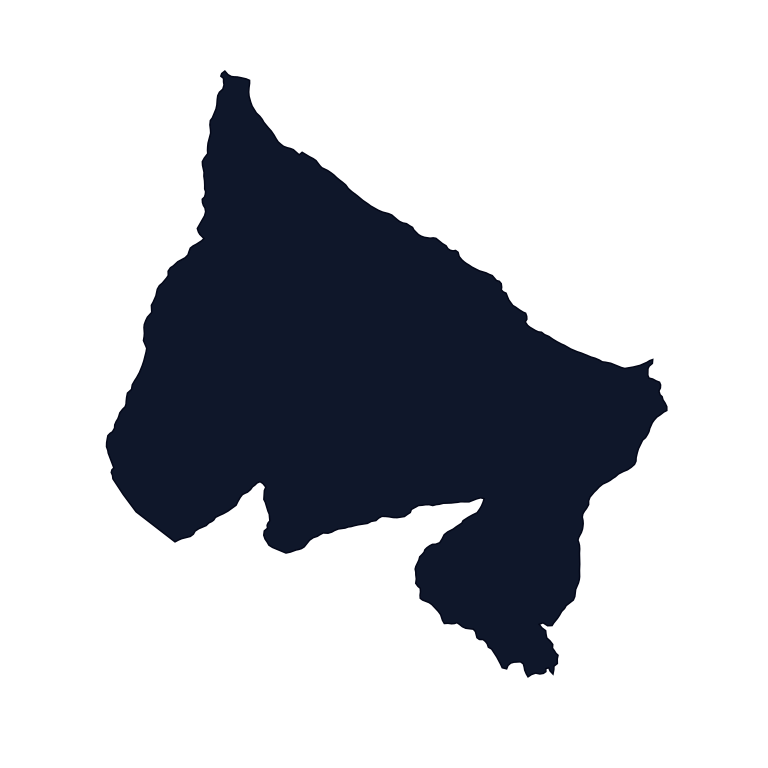 outline of Porto Seguro, Bahia, Brazil, rotated 293°
{"feature_id": "56859067B83893589630765", "entity_name": "Porto Seguro", "entity_type": "district", "adm_level": 2, "iso_a3": "BRA", "parent_name": "Brazil", "parent_adm1": "Bahia", "projection": "orthographic", "projection_center": [-39.285, -16.636], "detail": "fine", "context": "isolated", "style": "filled", "palette": "ink", "viewbox_px": 768, "rotation_deg": 293, "n_neighbors": 0, "source": "geoboundaries", "source_scale": "gbopen_adm2", "svg_char_len": 6171}
<svg xmlns="http://www.w3.org/2000/svg" viewBox="0 0 768 768"><g transform="rotate(293 384 384)"><path d="M157.0,253.3L160.1,255.8L162.6,258.2L168.0,265.3L171.3,267.2L174.8,267.6L178.4,270.0L184.2,275.6L187.6,277.0L190.0,279.1L192.2,280.4L195.4,281.0L198.8,283.9L201.8,286.7L206.0,290.0L214.6,295.2L218.6,295.4L223.5,296.0L226.9,296.9L229.1,298.7L231.1,300.6L234.7,302.4L237.9,303.1L240.4,304.6L243.3,305.8L245.7,308.1L245.1,311.4L242.9,315.5L239.2,315.5L230.8,318.5L228.8,320.9L221.6,326.9L219.4,329.2L213.4,332.4L210.9,331.6L208.3,331.6L205.7,333.1L202.0,331.2L197.8,332.4L194.8,335.1L192.7,338.4L190.7,341.0L190.0,345.2L190.1,359.8L192.7,363.5L196.9,368.0L198.4,370.2L200.2,372.3L202.9,374.2L211.1,376.5L214.9,378.9L217.8,382.2L220.0,383.7L223.1,386.2L224.8,390.8L227.3,393.8L229.9,395.8L232.7,398.6L236.2,404.5L238.5,407.0L239.8,409.3L242.1,412.2L244.4,415.4L249.2,423.2L252.6,426.0L255.1,429.9L258.5,431.5L261.3,433.7L262.7,437.2L263.7,440.4L264.7,444.7L266.1,448.3L270.0,454.6L272.7,456.2L276.0,458.4L279.2,458.2L285.6,463.2L287.3,466.5L289.2,469.6L290.6,472.8L291.2,476.4L293.4,479.2L294.9,481.9L297.4,485.2L300.8,492.5L302.4,495.3L303.8,497.9L305.5,500.5L308.7,508.3L314.4,514.1L317.0,517.4L317.6,521.0L313.7,521.4L309.8,521.4L306.6,521.0L301.9,520.0L298.0,516.6L294.3,513.7L289.1,510.2L286.3,510.0L280.8,506.3L277.5,504.4L272.7,500.4L268.8,498.3L263.9,498.0L259.7,497.3L256.7,494.2L255.3,491.2L253.0,489.3L250.1,487.5L247.4,486.4L244.8,486.6L242.0,485.7L238.9,484.4L235.5,484.9L228.4,484.6L225.8,485.0L223.3,486.7L220.7,487.9L217.2,489.9L212.9,491.1L211.0,494.3L210.1,497.2L206.9,498.8L203.7,499.7L200.9,501.1L200.2,503.9L200.4,510.9L199.7,514.2L197.7,518.8L195.9,522.8L193.8,526.3L189.3,530.2L187.1,533.1L188.7,536.3L189.7,539.9L191.0,542.4L192.8,544.4L192.2,547.5L191.2,551.0L191.1,554.7L193.2,562.0L191.8,564.9L186.8,568.7L186.1,571.6L187.5,575.1L186.6,578.0L185.2,580.5L182.5,582.9L182.1,586.6L176.7,594.6L171.5,601.0L169.0,603.7L169.7,608.2L173.3,608.1L176.6,609.7L178.7,612.3L181.6,618.2L180.8,621.6L178.1,623.7L175.6,625.3L172.8,628.2L170.7,631.0L174.1,633.2L177.1,636.5L178.0,640.8L179.9,643.8L182.5,645.4L185.2,644.2L187.2,646.5L184.7,649.0L183.0,652.9L187.6,651.9L190.6,650.7L194.4,652.8L198.7,650.9L202.3,650.2L203.3,647.5L205.0,645.1L206.7,642.3L210.2,641.1L212.4,637.2L213.9,633.0L217.2,630.8L220.1,629.2L221.2,624.7L223.4,620.7L226.3,623.7L225.4,629.1L227.3,633.1L230.4,633.6L235.9,635.2L239.5,635.9L244.0,636.4L247.9,637.9L251.2,638.3L259.1,642.7L262.9,642.7L269.8,640.7L276.9,640.7L280.2,640.2L283.0,639.4L289.0,636.7L294.6,634.6L304.7,630.0L308.6,628.6L311.8,627.0L314.0,625.4L316.1,623.5L318.8,623.2L321.4,623.4L324.4,623.7L328.1,623.4L330.8,622.7L333.3,621.9L336.1,620.5L339.0,618.5L342.2,617.8L345.3,618.2L348.5,619.0L352.9,619.5L356.4,618.0L360.3,617.8L366.6,619.7L369.6,621.0L373.3,622.3L377.3,624.4L381.4,628.1L383.8,629.9L386.4,631.4L389.0,633.2L392.8,635.0L397.0,638.5L400.1,641.6L403.9,644.1L407.9,646.0L411.5,646.1L414.6,644.9L419.6,644.0L423.9,643.5L433.3,644.0L436.8,645.7L440.6,646.3L443.7,646.5L447.0,646.0L453.2,646.1L456.4,646.8L460.2,648.1L463.7,650.4L467.5,652.5L470.1,654.7L473.6,653.2L476.2,650.3L478.5,646.9L481.0,645.0L482.0,642.3L485.0,639.8L488.3,640.0L491.2,639.0L493.3,636.9L493.2,633.2L493.6,629.4L493.0,625.6L495.2,623.4L501.2,621.0L504.0,621.1L507.8,623.0L511.5,621.8L509.3,619.4L506.7,617.6L501.2,612.4L497.0,606.8L492.4,599.6L491.9,596.2L491.7,584.6L490.6,579.4L489.7,576.3L490.2,572.7L490.2,568.1L489.7,564.1L489.6,553.7L489.2,549.2L489.2,546.0L489.2,542.0L490.1,534.8L490.1,531.9L490.5,526.8L491.2,521.8L492.2,517.2L492.2,512.5L493.2,508.8L492.3,505.7L492.4,502.4L493.3,495.9L494.1,493.2L496.3,489.8L499.4,490.2L502.1,488.9L504.5,486.7L504.5,484.0L505.2,479.4L506.2,475.1L506.6,471.9L510.1,466.1L512.3,463.8L515.3,460.9L515.4,457.7L516.5,455.2L519.1,454.5L522.2,452.7L523.6,450.0L523.2,447.1L526.1,441.3L526.0,438.0L526.2,434.6L525.4,427.2L526.0,419.2L526.7,415.7L527.1,412.8L527.7,410.2L528.7,407.2L530.7,403.4L534.2,400.7L534.9,397.7L533.5,395.5L533.0,392.8L533.5,390.0L535.5,387.1L536.1,382.9L538.4,374.9L537.8,372.3L536.2,369.4L534.8,363.8L534.6,360.4L535.0,357.3L536.5,353.6L537.6,351.1L539.3,349.1L539.7,345.7L540.4,342.1L539.6,338.4L539.7,334.9L540.4,332.0L542.6,325.2L542.6,321.6L541.7,315.5L541.7,310.9L542.7,302.0L543.4,299.4L544.7,292.9L546.9,285.6L548.5,279.1L550.0,274.7L552.2,271.1L553.5,267.0L554.4,263.4L555.5,259.7L556.8,256.3L557.7,252.8L558.5,248.7L558.8,242.2L560.0,239.5L563.1,234.1L563.8,230.7L564.1,226.5L565.3,218.1L561.8,216.4L564.3,209.0L564.2,205.7L563.7,202.7L563.5,198.7L564.3,195.6L565.5,192.0L567.7,188.7L570.1,185.6L572.8,181.4L574.7,177.3L577.9,171.2L580.0,168.5L581.9,165.1L583.6,160.6L588.2,154.1L591.3,151.2L596.1,147.4L599.9,145.4L604.2,143.9L608.3,142.8L611.0,141.6L611.0,137.8L610.0,132.3L609.3,129.0L608.2,126.1L607.4,123.3L607.8,119.5L609.9,115.2L606.4,113.3L603.6,113.5L602.6,116.9L599.3,118.3L596.8,119.9L592.4,120.4L588.3,118.5L584.5,118.3L580.8,119.3L575.6,121.1L571.5,121.9L561.9,122.0L558.7,121.2L554.5,122.5L550.1,125.0L547.2,126.4L537.0,127.9L533.4,129.0L530.2,130.2L527.2,131.7L521.8,130.3L517.7,129.9L514.4,131.5L508.6,135.6L504.9,137.0L500.9,139.4L496.9,141.3L493.5,142.7L491.4,144.6L488.7,145.4L486.0,145.7L483.1,144.5L480.1,146.0L477.8,148.0L476.1,150.4L472.9,152.5L468.7,153.1L454.2,151.4L451.4,153.8L449.8,156.0L447.6,161.4L444.6,160.2L439.3,156.6L436.5,154.3L433.4,152.6L429.4,152.8L426.3,153.1L422.5,151.6L416.0,146.4L410.4,143.9L407.6,142.0L403.5,141.2L399.6,143.0L396.8,142.5L390.2,140.5L386.8,138.8L382.7,138.3L376.0,139.6L369.2,139.5L365.6,139.1L359.2,142.2L353.1,140.1L349.2,139.9L345.1,140.1L342.2,141.0L337.0,143.6L334.1,144.6L330.0,145.6L324.2,151.6L320.4,152.5L311.3,153.9L306.2,154.3L299.0,154.4L293.1,153.8L289.9,153.2L284.9,152.6L280.4,153.7L275.4,151.4L271.1,152.3L267.5,153.4L264.7,154.4L261.9,154.6L258.5,153.2L254.2,152.1L250.6,152.5L248.0,152.6L244.8,152.1L241.2,152.1L238.1,153.2L233.9,152.7L231.5,151.1L228.6,150.0L225.3,150.7L221.6,151.6L217.8,153.1L215.0,155.7L212.7,157.1L201.2,168.1L198.7,167.1L196.0,167.5L193.8,169.8L190.8,171.5L180.4,187.1L169.5,205.7L157.0,253.3Z" fill="#0f172a" stroke="#020617" stroke-width="1.5"/></g></svg>